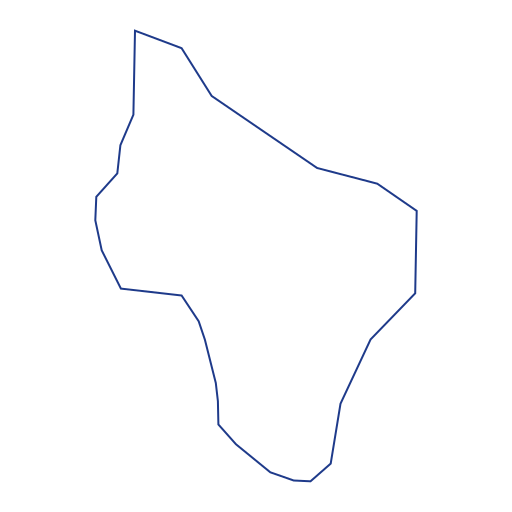 map outline of Sveta Ana (orthographic projection)
{"feature_id": "SVN-200", "entity_name": "Sveta Ana", "entity_type": "Municipality", "adm_level": 1, "iso_a3": "SVN", "parent_name": "Slovenia", "parent_adm1": "", "projection": "orthographic", "projection_center": [15.832, 46.654], "detail": "fine", "context": "isolated", "style": "outline", "palette": "blue", "viewbox_px": 512, "rotation_deg": 0, "n_neighbors": 0, "source": "natural_earth", "source_scale": "10m", "svg_char_len": 458}
<svg xmlns="http://www.w3.org/2000/svg" viewBox="0 0 512 512"><path d="M120.9,288.6L101.7,250.3L95.3,220.3L96.3,196.8L117.3,173.4L120.4,145.2L133.4,114.7L135.0,30.7L181.6,48.2L211.7,96.0L317.1,168.0L377.3,183.7L416.7,210.9L415.2,293.3L370.6,339.4L340.5,403.7L330.7,463.6L310.5,481.3L293.7,480.5L270.3,472.3L236.0,444.3L218.4,424.5L217.9,401.2L215.8,383.0L204.9,339.7L198.7,321.3L181.6,295.5L120.9,288.6Z" fill="none" stroke="#1e3a8a" stroke-width="2"/></svg>